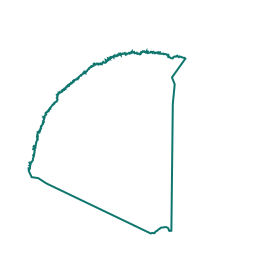 Hambou, Andjazîdja, Comoros (orthographic projection), rotated 114°
{"feature_id": "10938185B8813398551192", "entity_name": "Hambou", "entity_type": "district", "adm_level": 2, "iso_a3": "COM", "parent_name": "Comoros", "parent_adm1": "Andjazîdja", "projection": "orthographic", "projection_center": [43.305, -11.814], "detail": "fine", "context": "isolated", "style": "outline", "palette": "teal", "viewbox_px": 256, "rotation_deg": 114, "n_neighbors": 0, "source": "geoboundaries", "source_scale": "gbopen_adm2", "svg_char_len": 5816}
<svg xmlns="http://www.w3.org/2000/svg" viewBox="0 0 256 256"><g transform="rotate(114 128 128)"><path d="M215.1,64.3L214.0,63.2L213.7,62.5L213.6,61.7L213.4,61.2L212.7,60.8L211.6,60.8L209.9,59.5L209.4,59.3L208.5,59.1L208.1,58.8L207.8,58.5L207.2,58.0L206.0,57.7L205.3,56.8L204.7,55.7L203.4,53.7L203.1,53.1L203.0,52.3L203.1,50.8L204.2,49.3L204.6,48.9L205.0,48.9L205.1,48.4L205.1,48.1L204.2,46.6L87.7,96.9L69.1,103.1L63.9,108.4L41.3,103.8L40.9,105.0L41.3,105.8L41.5,107.8L41.4,108.7L41.7,109.3L41.7,110.0L42.6,110.3L42.5,111.0L42.3,111.2L42.2,112.0L41.9,112.4L42.2,112.7L43.0,112.8L43.4,113.3L43.4,114.1L44.6,115.3L44.9,115.4L46.1,115.4L46.4,115.9L46.7,117.3L46.4,118.7L46.8,119.8L46.8,120.2L46.6,120.3L45.7,120.1L45.5,120.4L44.7,120.9L44.8,121.4L45.4,121.9L45.1,122.3L45.1,123.7L45.7,124.5L45.7,125.0L44.9,125.0L45.5,125.3L45.6,125.7L46.1,125.8L46.1,126.6L46.4,127.4L47.1,128.8L46.6,129.1L46.8,129.5L46.4,129.6L47.2,130.2L46.6,130.6L47.4,131.3L47.0,131.5L47.3,131.7L47.1,132.1L47.7,132.8L47.8,133.2L48.4,133.3L48.4,133.7L49.0,134.3L48.0,135.6L48.0,135.8L48.6,136.3L49.2,136.3L49.0,136.7L49.2,137.0L48.8,137.2L48.9,138.0L49.8,138.3L50.9,139.6L50.7,139.9L50.9,140.1L50.5,140.6L51.6,140.7L51.6,140.9L51.2,141.3L51.1,141.8L50.6,142.1L51.1,142.1L51.7,141.8L51.9,142.4L51.9,142.7L51.3,144.0L51.8,144.2L51.7,145.5L52.7,145.6L53.2,146.3L53.3,146.9L53.7,146.9L54.1,146.4L55.0,146.6L55.5,146.6L55.7,146.8L55.3,147.2L55.8,147.6L55.6,148.2L55.8,148.4L55.8,148.9L56.2,149.0L56.5,149.6L56.4,150.4L55.9,150.7L56.5,151.1L56.5,152.1L56.9,152.4L56.1,153.3L56.7,153.7L56.5,154.1L57.0,154.4L56.8,154.7L57.5,155.2L56.9,155.5L57.7,155.6L57.5,156.0L58.4,156.6L58.6,157.0L59.1,156.5L59.3,156.6L59.0,157.3L59.4,157.6L59.6,158.1L60.0,158.2L60.8,159.3L61.5,159.3L61.9,159.8L61.2,160.1L60.9,160.4L61.4,160.9L61.4,161.3L61.0,161.6L62.0,162.2L62.0,162.7L62.3,162.9L62.2,163.2L62.9,163.8L63.3,163.9L63.1,164.9L63.5,164.9L63.5,165.4L64.2,164.8L63.9,165.7L64.4,166.0L64.5,166.4L65.1,166.1L65.3,166.2L65.2,166.8L65.8,166.9L65.5,167.4L65.8,167.6L66.7,167.5L67.5,168.2L67.6,169.0L67.1,169.5L68.0,169.7L68.0,170.2L69.4,169.8L69.2,170.3L69.2,171.1L69.6,171.6L70.7,171.7L70.7,172.5L70.5,172.8L70.8,172.9L71.2,172.4L71.5,172.7L71.2,173.1L71.8,173.2L72.0,173.7L72.6,172.8L72.7,173.3L72.5,174.0L72.5,174.4L73.2,173.8L73.5,174.1L74.0,173.5L74.5,173.9L75.2,174.1L75.0,176.0L76.5,174.9L77.0,174.8L77.4,175.0L77.8,175.6L78.0,176.2L77.7,177.6L80.4,177.8L80.3,178.7L80.0,179.2L80.1,179.4L81.0,179.3L81.1,180.4L81.5,180.4L81.6,180.7L81.6,181.0L81.4,181.2L81.5,181.7L82.0,181.6L81.7,182.2L81.9,182.8L83.2,183.3L83.5,183.5L83.5,183.8L82.8,184.8L82.8,185.0L83.0,185.0L83.3,185.4L83.8,185.4L84.0,185.1L84.6,184.7L85.1,184.7L85.2,185.0L86.0,185.5L86.6,186.1L86.4,186.6L86.6,186.8L87.2,187.0L87.6,186.6L89.2,188.0L90.0,187.7L91.0,188.5L92.7,188.6L93.3,189.0L93.4,189.3L94.1,189.7L94.1,190.4L94.3,190.3L94.6,189.8L94.8,190.3L95.3,189.8L95.3,190.4L95.8,190.5L95.8,191.2L96.0,191.2L96.2,190.7L96.9,191.3L97.2,191.3L98.3,192.1L99.0,192.1L99.0,192.6L99.5,192.7L99.7,192.9L101.4,193.7L102.0,193.5L102.5,193.7L102.8,193.5L103.1,193.8L103.1,194.5L103.3,194.5L103.5,194.0L103.8,193.9L103.9,194.4L104.3,194.4L105.4,195.6L105.3,196.0L105.9,196.2L106.2,196.5L106.8,196.4L106.6,197.0L106.8,197.1L107.2,196.6L107.6,196.7L107.8,197.4L108.2,197.4L108.8,197.0L110.4,197.8L110.3,198.1L110.1,198.1L110.0,198.5L110.8,198.6L111.3,198.7L111.6,199.3L112.0,199.2L112.0,198.7L112.3,199.3L112.5,199.3L113.1,198.9L113.3,198.9L113.3,199.6L112.9,199.9L113.2,200.2L114.1,199.6L114.6,200.0L114.5,200.7L114.9,201.0L115.4,200.7L116.0,200.7L116.1,201.2L117.0,201.3L117.7,202.2L118.3,202.3L118.4,201.9L118.8,202.6L119.0,202.6L119.5,202.0L120.0,202.6L120.0,203.2L120.6,203.7L121.0,202.9L121.9,203.2L122.6,203.9L123.1,204.1L123.0,205.0L123.4,205.0L123.6,204.9L124.0,205.1L124.0,205.6L124.5,205.3L125.3,205.4L125.4,205.7L125.8,205.6L126.1,205.7L126.4,206.4L126.6,206.5L126.9,205.6L127.2,205.3L127.9,205.5L128.8,204.9L129.6,205.3L130.0,204.7L130.8,203.8L132.2,204.1L132.7,203.9L132.9,203.9L133.9,205.0L134.8,205.1L135.4,205.8L135.7,205.8L136.0,205.3L136.7,205.7L137.3,205.9L137.5,206.4L138.3,206.4L139.4,206.8L141.0,207.0L141.5,207.4L141.9,207.4L142.3,206.9L142.7,207.3L142.7,207.6L143.9,207.8L144.3,207.3L144.8,207.3L144.9,208.0L145.6,208.0L145.7,208.3L146.4,208.4L146.4,208.6L146.9,208.7L147.4,209.3L148.0,209.4L149.0,208.2L150.5,209.0L151.5,208.9L151.8,208.6L152.0,208.6L152.1,209.0L152.3,208.5L152.8,208.5L153.1,208.9L153.2,208.4L154.4,208.2L155.2,208.3L155.5,208.2L155.9,207.9L156.2,208.2L156.5,207.5L156.6,207.4L156.9,207.9L158.2,207.9L158.4,207.4L159.0,207.3L161.7,208.2L161.9,207.8L162.5,208.0L163.3,207.7L163.5,207.3L163.9,207.3L164.1,207.7L164.3,207.7L164.5,207.3L165.9,207.5L166.2,207.3L166.4,207.5L166.4,207.9L166.7,207.9L166.8,207.1L167.2,207.1L167.6,207.5L168.1,207.3L168.1,207.8L168.5,207.9L168.6,208.8L169.9,208.4L170.3,208.1L171.1,208.1L171.7,207.8L171.7,207.3L171.9,207.1L172.3,207.4L172.8,207.0L173.0,207.0L173.0,207.6L173.3,207.5L173.7,207.1L174.1,206.9L174.1,206.4L174.4,206.4L174.5,206.6L175.4,206.3L175.4,205.8L175.7,205.8L175.8,206.0L178.2,206.1L178.8,205.8L179.2,205.9L179.8,205.6L180.7,205.6L181.6,205.1L182.2,205.1L182.7,206.2L182.8,206.7L183.1,206.7L182.9,205.0L183.6,204.5L183.9,204.4L184.3,204.8L184.7,204.9L184.7,205.6L184.9,205.8L185.1,205.3L185.3,205.4L185.4,205.9L185.8,205.9L185.5,204.6L186.3,204.4L186.4,204.0L187.2,204.0L188.4,203.4L189.5,203.5L190.0,203.0L190.6,202.9L191.0,203.4L191.7,203.4L191.9,202.6L195.0,202.3L196.1,201.8L199.0,202.3L199.3,203.6L199.6,203.9L199.9,203.4L200.2,202.6L200.6,202.4L200.9,202.7L201.3,202.1L201.7,202.2L202.4,202.7L202.5,202.0L204.3,201.3L204.8,201.9L205.0,201.2L205.7,201.2L205.6,202.2L205.9,202.2L206.5,201.3L207.5,201.3L212.1,196.0L210.3,189.7L211.7,181.0L211.9,178.1L215.1,64.3Z" fill="none" stroke="#0f766e" stroke-width="2"/></g></svg>